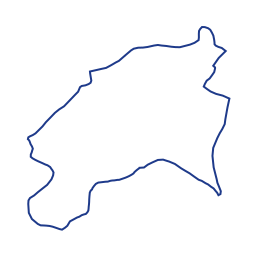 the district of Matagi, Tuvalu, rotated 274°
{"feature_id": "33948139B17363749661168", "entity_name": "Matagi", "entity_type": "district", "adm_level": 2, "iso_a3": "TUV", "parent_name": "Tuvalu", "parent_adm1": "", "projection": "natural_earth1", "projection_center": [178.689, -7.484], "detail": "fine", "context": "isolated", "style": "outline", "palette": "blue", "viewbox_px": 256, "rotation_deg": 274, "n_neighbors": 0, "source": "geoboundaries", "source_scale": "gbopen_adm2", "svg_char_len": 2328}
<svg xmlns="http://www.w3.org/2000/svg" viewBox="0 0 256 256"><g transform="rotate(274 128 128)"><path d="M164.4,227.1L166.9,220.3L168.2,213.4L170.2,207.8L172.4,204.1L174.6,200.7L177.3,201.6L180.7,203.2L183.1,206.0L186.9,208.4L189.8,210.1L193.5,210.7L194.5,210.6L196.0,208.7L204.2,213.6L211.6,220.1L214.4,215.9L215.2,212.5L216.3,209.8L217.6,208.5L219.5,208.3L222.0,207.8L226.1,206.7L228.9,205.1L231.7,203.2L233.1,201.0L234.0,197.6L233.9,194.8L231.8,193.1L229.8,192.1L226.9,192.1L223.2,192.4L220.6,192.3L217.6,188.4L215.5,184.0L212.2,174.1L212.0,169.5L212.1,165.4L212.5,160.4L212.6,155.7L212.9,152.0L212.1,148.3L210.2,141.9L209.3,137.5L208.8,132.5L207.5,128.2L205.6,125.6L200.5,120.4L194.3,114.2L192.5,111.2L190.5,108.3L189.1,106.2L186.4,101.9L185.2,97.7L183.9,93.4L181.7,86.1L179.9,86.4L176.1,87.3L172.7,88.1L170.5,87.5L169.1,85.7L167.6,82.6L166.7,78.9L165.4,77.3L160.7,75.7L157.8,73.2L145.2,62.7L141.8,58.1L138.1,54.1L134.0,50.7L128.1,45.7L123.6,42.6L116.2,36.1L114.3,33.5L112.8,30.7L111.7,29.2L109.9,28.9L109.2,29.8L108.0,30.7L105.0,32.0L102.9,33.5L100.7,34.5L98.8,34.0L96.8,33.6L94.9,32.9L92.5,33.0L91.1,34.9L89.8,37.6L88.5,40.8L87.0,45.0L85.8,48.1L85.2,50.3L83.6,53.1L82.0,54.3L80.5,55.6L78.5,56.8L75.5,56.6L71.4,55.2L65.6,51.3L61.9,47.2L57.7,42.6L54.2,39.1L51.3,35.1L48.8,33.8L45.3,33.8L36.4,35.0L30.5,38.5L26.0,44.7L24.8,47.6L24.9,51.5L24.9,53.8L24.8,56.6L24.3,59.7L23.2,63.9L22.4,66.8L22.0,69.3L24.1,72.1L26.2,74.3L30.8,76.6L35.2,83.5L36.1,85.6L37.8,87.9L38.7,90.0L39.3,91.9L41.0,93.3L42.9,94.2L43.1,94.2L44.7,94.3L46.9,94.3L49.0,94.4L51.5,94.4L54.1,94.3L57.2,94.3L60.9,94.4L63.0,95.2L64.2,96.4L65.4,96.7L67.7,98.1L70.0,99.8L71.5,102.2L71.7,103.4L72.8,109.1L73.1,111.6L74.1,114.1L74.5,115.8L74.8,118.1L75.5,121.1L75.7,122.9L78.2,128.8L79.2,130.8L80.2,132.6L81.7,134.9L83.0,136.6L84.4,137.5L85.9,138.9L87.4,140.5L88.7,142.1L89.1,142.2L89.7,146.7L92.8,150.3L95.3,154.6L98.2,160.0L98.9,165.2L98.0,168.8L97.4,171.4L95.4,177.3L91.5,183.8L89.2,188.3L87.1,192.6L84.0,197.6L81.3,202.1L80.4,205.3L78.3,209.3L77.3,211.8L75.2,214.9L73.7,217.6L71.3,219.8L69.7,221.4L67.3,222.9L68.5,224.8L71.4,225.0L75.8,222.9L79.6,221.0L83.2,220.0L85.6,219.2L94.7,216.2L106.1,214.2L114.1,214.4L124.2,217.8L129.2,219.9L133.5,222.1L138.6,224.2L143.4,224.5L149.0,225.1L155.5,225.8L164.4,227.1Z" fill="none" stroke="#1e3a8a" stroke-width="2"/></g></svg>